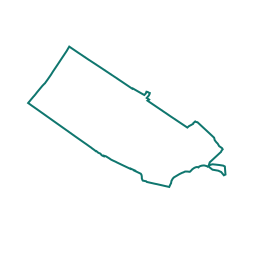 the district of Beciu, Teleorman, Romania, rotated 228°
{"feature_id": "2599482B82424000393547", "entity_name": "Beciu", "entity_type": "district", "adm_level": 2, "iso_a3": "ROU", "parent_name": "Romania", "parent_adm1": "Teleorman", "projection": "mercator", "projection_center": [24.654, 44.01], "detail": "fine", "context": "isolated", "style": "outline", "palette": "teal", "viewbox_px": 256, "rotation_deg": 228, "n_neighbors": 0, "source": "geoboundaries", "source_scale": "gbopen_adm2", "svg_char_len": 2176}
<svg xmlns="http://www.w3.org/2000/svg" viewBox="0 0 256 256"><g transform="rotate(228 128 128)"><path d="M48.0,181.2L48.3,181.8L48.6,182.5L48.7,183.3L48.8,184.1L50.0,184.4L51.9,184.0L53.5,183.6L56.4,184.2L58.2,184.1L60.9,184.3L63.2,185.5L85.8,183.5L86.6,182.8L87.4,182.4L87.9,182.3L87.9,179.8L87.5,179.2L88.0,176.9L88.6,174.5L88.6,172.4L107.9,167.5L133.9,161.1L135.2,160.8L135.0,161.9L135.0,162.7L137.8,162.0L138.2,165.3L138.9,166.9L139.4,167.6L140.7,166.9L141.5,166.8L142.6,166.0L141.8,164.3L141.6,162.2L143.9,161.4L154.3,158.0L154.2,157.5L165.8,154.6L191.7,148.0L205.3,144.4L217.2,141.4L227.8,138.8L227.0,136.2L226.7,135.3L226.3,134.1L224.2,125.8L222.0,117.3L220.2,110.1L220.0,109.4L219.1,106.3L217.6,99.9L217.0,97.0L216.8,96.3L216.8,95.1L216.6,92.4L215.4,84.2L215.0,82.0L214.8,80.8L214.8,80.4L214.7,79.9L214.6,79.5L214.6,78.5L214.5,78.2L214.4,77.8L214.4,77.3L214.3,76.7L214.2,76.3L214.2,75.9L213.9,74.0L213.7,72.7L213.6,71.7L213.5,71.4L213.5,71.0L213.4,70.5L212.1,70.8L207.9,71.7L207.6,71.8L172.5,79.7L157.7,83.0L145.1,85.9L144.3,86.1L139.3,87.2L137.7,87.6L137.2,87.6L136.8,87.7L134.5,88.2L132.2,88.6L132.1,89.0L130.8,89.2L130.3,89.3L129.7,89.3L129.2,89.5L128.3,89.9L127.8,90.2L127.4,90.3L126.2,90.3L125.9,90.2L124.7,90.4L123.2,91.1L123.6,91.5L121.6,92.7L117.5,93.9L116.9,94.0L115.7,94.3L113.5,95.2L111.0,96.3L110.1,96.6L104.0,99.1L95.9,102.5L96.1,102.8L92.0,104.6L92.0,104.2L91.5,104.4L85.5,106.9L84.3,106.7L83.0,106.0L81.2,104.5L79.6,103.9L79.0,103.8L76.3,105.8L75.3,105.9L68.8,110.5L66.8,112.0L59.7,117.0L56.6,119.2L56.8,119.6L57.8,122.0L58.0,122.6L58.1,123.0L58.4,123.3L59.2,124.4L59.6,124.9L60.1,126.4L60.5,127.6L60.4,128.0L60.6,128.9L59.7,133.4L59.3,135.4L58.7,137.5L58.4,138.5L57.9,139.6L57.6,140.9L57.2,141.6L56.1,142.8L54.1,144.6L54.1,146.4L54.3,148.1L54.1,149.8L53.9,150.9L53.3,152.5L52.5,153.5L51.5,154.0L51.7,155.2L51.3,156.2L50.8,157.4L49.9,158.7L49.0,159.7L47.8,160.5L46.6,161.2L45.7,162.0L40.5,162.9L35.9,166.5L32.9,167.8L28.7,167.6L28.2,169.3L34.6,174.2L36.3,173.6L39.5,171.0L41.4,169.3L42.2,168.6L44.5,166.5L45.5,164.6L45.9,162.5L47.8,165.8L47.9,173.0L47.9,174.5L48.0,180.4L48.0,181.1L48.0,181.2Z" fill="none" stroke="#0f766e" stroke-width="2"/></g></svg>